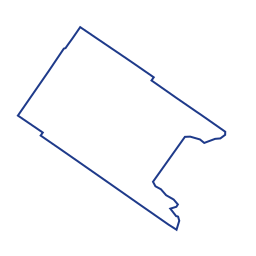 Columbia, Wisconsin, United States of America (Robinson projection), rotated 215°
{"feature_id": "52423323B84729075264593", "entity_name": "Columbia", "entity_type": "district", "adm_level": 2, "iso_a3": "USA", "parent_name": "United States of America", "parent_adm1": "Wisconsin", "projection": "robinson", "projection_center": [-89.482, 43.462], "detail": "fine", "context": "isolated", "style": "outline", "palette": "blue", "viewbox_px": 256, "rotation_deg": 215, "n_neighbors": 0, "source": "geoboundaries", "source_scale": "gbopen_adm2", "svg_char_len": 646}
<svg xmlns="http://www.w3.org/2000/svg" viewBox="0 0 256 256"><g transform="rotate(215 128 128)"><path d="M46.2,180.7L76.3,180.7L81.2,180.6L106.2,180.4L136.0,180.4L136.0,184.3L165.6,184.1L225.0,183.2L224.9,171.2L224.9,170.1L224.9,169.0L225.0,162.9L225.0,157.6L226.1,156.2L225.6,129.2L225.3,75.0L195.2,75.4L195.2,71.7L165.5,71.9L105.8,72.0L76.7,72.0L39.2,72.1L30.2,72.5L29.9,72.5L32.8,81.4L36.1,84.1L36.8,84.0L38.0,83.4L47.1,86.2L43.2,91.2L43.3,94.0L49.6,95.6L58.2,94.8L65.9,96.7L72.1,96.0L76.7,98.3L76.3,153.4L72.1,156.6L62.5,159.9L57.0,159.5L50.4,169.1L46.4,172.4L44.5,178.1L46.2,180.7Z" fill="none" stroke="#1e3a8a" stroke-width="2"/></g></svg>